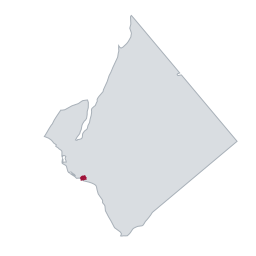 Kafr Al-Dawwar, Al Buhayrah, Egypt shown in context, rotated 230°
{"feature_id": "37247803B13171530844779", "entity_name": "Kafr Al-Dawwar", "entity_type": "district", "adm_level": 2, "iso_a3": "EGY", "parent_name": "Egypt", "parent_adm1": "Al Buhayrah", "projection": "mercator", "projection_center": [30.133, 31.129], "detail": "fine", "context": "in_parent", "style": "filled", "palette": "rose", "viewbox_px": 256, "rotation_deg": 230, "n_neighbors": 0, "source": "geoboundaries", "source_scale": "gbopen_adm2", "svg_char_len": 4112}
<svg xmlns="http://www.w3.org/2000/svg" viewBox="0 0 256 256"><g transform="rotate(230 128 128)"><path d="M212.1,202.9L207.6,203.0L203.1,203.0L198.5,203.0L194.0,203.0L189.4,203.0L184.9,203.0L180.4,203.0L175.8,203.0L171.3,203.0L166.8,203.0L162.2,203.0L157.7,203.0L153.1,203.0L148.6,203.0L144.1,203.0L139.5,203.0L136.9,203.0L137.4,201.6L137.7,200.7L137.4,200.0L136.5,199.9L135.9,200.1L134.5,202.9L133.8,203.0L132.2,203.0L126.9,203.0L121.7,203.0L116.4,203.0L111.1,203.0L105.8,203.0L100.5,203.0L95.2,203.0L90.0,203.0L84.7,203.0L79.4,203.0L74.1,203.0L68.8,203.0L63.6,203.0L58.3,203.0L53.0,203.0L47.7,203.0L47.7,199.6L47.7,196.3L47.7,192.9L47.7,189.5L47.7,186.1L47.7,182.8L47.7,179.4L47.7,176.0L47.7,172.6L47.7,169.2L47.7,165.8L47.7,162.4L47.7,159.0L47.7,155.5L47.7,152.1L47.7,148.7L47.7,145.2L47.7,141.8L47.7,138.3L47.7,134.8L47.7,131.4L47.7,127.9L47.7,124.4L47.7,120.9L47.7,117.4L47.7,113.9L47.7,110.4L47.7,106.8L47.7,103.3L47.7,99.8L47.7,96.2L47.7,92.7L47.6,92.0L46.8,89.6L46.1,86.5L45.4,82.7L45.3,81.5L44.0,77.6L43.9,76.5L44.2,75.7L46.3,72.4L46.9,70.7L47.4,68.8L47.6,67.2L47.0,64.8L46.3,62.6L46.0,60.4L45.9,58.2L47.0,56.7L48.3,55.3L48.8,54.4L49.5,53.5L50.1,53.0L51.1,55.0L53.3,55.3L60.3,53.6L68.1,55.3L72.4,56.0L79.1,57.5L83.1,60.2L84.2,60.5L87.1,60.5L89.0,62.1L96.6,62.8L100.6,64.6L102.9,65.9L104.3,66.4L105.5,66.3L107.1,65.8L109.2,64.8L111.5,63.4L116.1,60.0L117.8,59.3L118.9,59.5L120.2,59.5L120.7,58.5L121.4,57.9L121.9,57.1L122.6,56.2L125.0,56.0L129.9,54.5L129.3,55.2L124.9,56.9L126.8,57.1L128.7,56.5L131.0,56.1L131.4,55.4L131.7,54.1L132.1,53.9L133.6,54.1L138.2,56.2L139.3,56.3L142.5,55.1L143.2,54.9L144.3,55.5L146.6,58.1L145.8,58.1L143.3,55.8L143.1,56.9L141.6,58.9L143.4,59.7L144.9,60.1L145.7,61.2L146.2,62.1L147.6,61.7L148.7,60.4L148.1,59.6L147.8,58.9L148.2,58.9L149.2,59.5L152.1,62.0L153.1,62.5L154.2,62.4L156.6,61.7L157.2,61.8L160.4,60.9L160.8,61.6L161.3,62.3L163.8,61.5L167.8,61.5L171.1,60.7L174.9,58.7L175.2,58.4L175.4,58.9L175.8,60.3L177.0,63.7L178.0,66.4L179.2,70.1L179.6,71.6L179.7,72.5L181.5,76.6L182.6,80.0L183.4,82.7L184.5,86.6L184.9,88.0L184.2,88.7L182.6,91.3L181.0,99.4L178.6,105.7L178.3,109.6L178.0,111.0L176.8,113.0L175.5,115.0L173.0,114.0L169.1,110.6L166.8,107.3L164.4,105.2L162.0,102.4L161.4,100.4L161.4,99.1L160.4,95.9L159.6,94.4L156.8,91.0L156.0,89.2L155.4,88.4L154.7,87.3L153.7,82.9L152.6,80.1L151.3,80.9L151.5,82.0L150.4,83.7L149.7,85.6L150.3,87.1L152.6,89.4L153.1,90.5L153.6,92.7L153.5,95.7L153.9,96.7L155.6,98.9L156.2,100.3L156.6,101.4L157.2,102.4L158.9,104.4L161.4,108.0L163.7,110.5L165.4,111.7L166.2,112.9L166.3,116.0L166.2,117.4L167.7,120.2L168.2,121.6L169.7,122.7L170.3,124.0L170.9,126.1L171.9,132.3L173.1,133.8L177.0,142.0L180.2,147.1L181.8,150.9L184.2,155.5L188.9,165.6L191.7,168.8L192.9,170.5L194.9,171.9L197.1,173.8L195.0,173.6L194.5,173.7L193.7,174.1L193.4,175.2L193.2,176.2L193.5,181.3L194.1,183.9L195.9,188.7L197.3,190.2L197.9,191.1L198.9,191.8L203.3,193.5L205.8,197.0L211.6,201.4L212.1,202.7L212.1,202.9Z" fill="#d9dde1" stroke="#a8b0b8" stroke-width="1"/><path d="M119.4,63.4L119.3,63.2L119.2,63.1L119.2,62.9L119.3,62.9L119.5,62.7L119.7,62.4L119.8,62.4L119.9,62.2L120.0,62.1L120.3,62.0L120.3,61.9L120.2,61.8L120.3,61.7L120.4,61.4L120.4,61.2L120.3,60.4L120.2,60.3L120.2,60.5L120.1,60.4L120.1,60.2L119.9,60.3L119.8,60.2L119.8,60.3L119.7,60.2L119.8,60.2L119.7,60.0L119.4,60.2L119.5,60.1L119.4,60.0L119.2,60.0L119.1,59.9L119.1,59.7L119.2,59.4L118.6,59.3L118.3,59.2L118.2,59.1L117.9,60.2L117.7,60.3L117.6,60.6L117.0,60.7L116.9,61.4L116.2,62.7L116.3,62.7L116.3,62.8L116.4,63.0L116.5,63.0L116.7,63.3L116.8,63.4L116.8,63.5L117.0,63.7L117.3,63.4L117.5,63.4L117.7,63.2L117.8,63.1L118.0,63.2L118.0,63.3L118.2,63.5L118.3,63.5L118.4,63.8L118.5,63.8L118.6,64.0L118.8,64.0L119.0,64.0L119.0,63.9L119.2,63.7L119.3,63.6L119.4,63.4L119.4,63.4ZM118.9,60.8L118.9,61.0L119.0,61.0L119.1,61.3L119.2,61.2L119.2,61.3L119.1,61.5L119.3,61.7L119.5,61.6L119.4,61.8L119.3,62.0L119.2,62.1L118.9,62.2L118.7,61.9L118.8,61.9L118.7,61.8L118.4,61.8L118.4,61.7L118.5,61.5L118.7,61.4L118.8,61.4L118.8,61.2L118.7,60.9L118.8,60.9L118.9,60.7L118.9,60.8Z" fill="#f43f5e" stroke="#9f1239" stroke-width="1.5"/></g></svg>